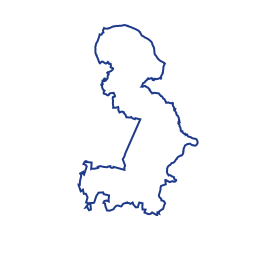 Guaranda, Sucre, Colombia, rotated 298°
{"feature_id": "7082276B46316322938304", "entity_name": "Guaranda", "entity_type": "district", "adm_level": 2, "iso_a3": "COL", "parent_name": "Colombia", "parent_adm1": "Sucre", "projection": "albers", "projection_center": [-74.667, 8.394], "detail": "fine", "context": "isolated", "style": "outline", "palette": "blue", "viewbox_px": 256, "rotation_deg": 298, "n_neighbors": 0, "source": "geoboundaries", "source_scale": "gbopen_adm2", "svg_char_len": 5903}
<svg xmlns="http://www.w3.org/2000/svg" viewBox="0 0 256 256"><g transform="rotate(298 128 128)"><path d="M197.3,59.0L195.4,59.6L190.9,60.3L187.1,60.3L185.9,60.8L184.2,61.1L182.6,62.1L181.0,62.9L179.2,63.9L177.8,65.3L177.6,66.1L177.1,66.2L174.9,69.1L172.7,71.4L171.9,72.8L172.1,73.0L173.4,73.2L174.4,73.8L174.7,74.5L174.4,77.8L174.7,78.4L175.4,78.8L176.9,79.2L176.7,79.9L175.8,80.6L175.7,81.3L176.3,81.7L176.4,83.5L176.3,83.3L175.8,83.1L175.2,83.6L173.5,84.1L173.4,84.5L173.7,86.2L173.5,86.9L173.3,87.1L172.4,87.0L170.4,86.4L167.9,84.3L167.0,85.4L166.4,85.7L166.3,85.4L167.5,83.9L167.1,83.7L166.9,83.9L167.0,84.2L166.8,84.6L166.1,85.3L164.8,85.5L162.5,86.6L161.4,86.5L160.7,85.6L160.2,85.7L160.5,85.1L159.6,85.1L160.3,83.9L160.0,83.8L160.0,84.2L159.1,84.3L159.3,84.6L159.2,85.2L159.3,85.4L159.3,85.8L158.4,85.3L157.7,83.4L156.9,83.9L155.9,83.9L154.9,85.1L154.7,85.0L153.9,84.0L153.5,84.1L153.0,85.4L151.6,86.2L150.8,87.1L150.0,88.7L149.9,89.8L148.5,89.6L147.0,90.4L147.5,92.9L147.2,94.0L147.4,95.0L148.7,95.7L149.5,95.4L149.9,95.6L151.0,96.8L151.5,97.9L152.2,98.4L152.3,98.9L150.1,101.6L149.3,101.5L148.4,100.2L147.7,100.3L146.4,100.9L144.9,102.1L142.5,103.1L140.1,104.9L138.9,105.4L140.1,107.6L141.9,109.5L140.3,110.7L139.4,110.9L137.7,113.2L138.6,114.0L139.3,114.4L140.0,116.1L139.9,117.0L139.3,117.1L138.5,119.7L137.3,120.8L137.1,121.6L136.8,121.7L138.2,124.9L139.2,125.6L138.8,126.6L138.7,128.2L139.0,129.9L140.1,129.9L141.4,134.8L104.5,137.5L100.9,138.2L98.0,138.0L93.4,143.1L91.2,143.4L89.4,144.5L86.9,133.5L86.2,133.7L85.9,133.5L85.1,132.1L85.1,130.9L86.0,130.3L84.4,128.3L83.8,128.3L83.2,127.2L82.4,125.2L81.2,121.2L79.5,119.6L78.9,120.4L78.5,120.1L76.3,117.5L74.9,114.9L74.6,114.7L80.4,112.1L78.7,107.7L79.2,107.1L79.1,106.6L78.2,106.9L77.9,105.6L75.3,105.6L75.5,106.7L75.4,108.2L74.7,109.6L66.1,111.1L66.5,109.3L68.0,108.8L65.4,107.1L64.2,108.8L63.4,109.3L58.6,110.5L55.2,112.1L54.8,110.9L54.4,111.2L49.9,116.0L50.9,116.6L51.1,116.5L52.4,117.1L49.1,119.9L50.2,121.7L47.7,124.9L42.5,126.0L43.1,128.7L42.1,128.9L40.8,128.3L38.1,128.0L39.1,128.9L37.1,132.2L38.6,133.5L44.1,130.0L44.3,130.7L44.8,131.1L45.2,132.1L45.8,132.9L46.5,133.1L52.8,132.0L57.0,132.3L59.5,136.3L58.2,137.7L59.6,142.9L57.4,143.8L56.1,144.2L54.1,145.5L53.8,142.9L52.4,141.4L50.4,141.4L50.5,143.1L48.1,145.0L45.3,148.3L46.4,150.6L48.8,152.8L50.0,153.5L51.3,153.4L52.2,153.6L53.7,154.2L54.5,154.9L55.0,156.2L55.3,158.3L55.7,158.9L56.3,159.1L57.9,159.1L58.9,159.4L60.9,161.3L61.1,161.5L60.8,161.5L61.5,162.5L62.2,164.1L62.1,165.7L64.4,167.1L64.0,167.7L63.3,168.0L61.6,172.1L62.7,173.9L63.4,173.6L67.5,173.0L68.3,176.2L64.9,177.8L62.9,179.1L64.2,181.8L63.2,182.0L61.4,182.0L61.0,182.4L61.3,183.0L61.4,186.1L62.0,187.4L62.8,188.2L64.1,188.8L64.8,188.9L64.6,193.8L64.9,194.6L67.1,193.7L67.1,195.6L68.4,194.4L71.8,196.1L73.0,197.0L76.8,196.2L78.9,196.1L79.2,195.8L80.2,194.0L80.2,193.3L79.8,191.7L80.1,191.6L80.2,191.0L81.1,190.5L81.7,188.1L82.7,187.1L84.6,186.5L86.0,186.3L88.9,185.6L90.4,184.8L92.4,184.4L96.0,187.8L100.1,184.9L99.8,185.4L99.9,186.4L99.6,187.8L99.9,188.7L99.7,189.7L99.8,190.2L102.0,192.3L102.1,193.9L102.8,194.7L103.2,195.0L104.4,195.1L104.7,194.9L104.5,194.2L104.7,192.9L105.2,192.3L105.6,192.2L106.2,191.6L106.1,189.9L105.8,189.3L106.2,187.7L105.7,186.5L105.2,186.1L105.9,185.2L105.9,184.7L107.3,183.1L109.5,182.2L110.4,181.6L112.8,181.4L114.3,181.9L115.2,182.6L117.2,182.9L117.8,183.3L118.7,184.4L119.3,184.7L121.0,185.1L122.8,185.1L123.6,185.6L124.9,185.5L126.0,185.8L127.6,187.0L128.3,187.2L128.5,187.8L128.9,188.0L129.0,188.3L129.9,188.6L131.9,188.5L132.5,188.1L133.0,188.1L133.2,187.7L134.6,187.5L135.5,186.9L139.4,186.6L141.1,187.6L141.9,188.3L143.2,190.0L143.0,192.8L143.5,193.8L143.5,194.8L144.3,196.0L145.5,196.5L147.8,196.4L149.3,195.1L150.1,193.9L150.2,193.0L150.0,192.1L149.5,190.9L149.1,189.2L149.4,187.8L149.0,186.4L148.8,185.0L149.4,183.7L149.9,183.6L150.0,183.3L149.5,182.6L149.0,182.2L149.4,182.0L149.8,181.4L149.8,181.2L149.4,181.1L149.3,180.8L149.3,180.1L149.5,179.0L149.9,178.4L149.9,177.7L150.3,177.5L150.2,177.1L150.5,177.1L150.3,176.7L150.5,176.3L150.4,175.8L151.8,175.0L153.2,173.8L153.8,172.6L154.7,172.2L154.8,171.9L155.2,171.3L155.7,170.4L156.2,170.8L156.5,170.4L156.6,170.7L157.1,171.0L157.4,170.4L157.9,170.2L158.0,169.7L158.8,169.7L158.8,169.4L159.3,169.2L160.1,168.4L160.6,168.3L162.1,166.4L162.2,165.0L162.9,164.5L163.3,163.9L163.9,163.7L164.0,163.3L165.1,161.8L165.3,161.4L165.2,160.9L165.6,160.2L165.9,160.1L166.4,160.8L167.1,160.8L167.1,159.5L167.9,158.8L168.5,157.5L169.4,156.9L170.0,156.1L170.8,156.1L171.1,155.9L171.1,155.5L170.4,154.9L169.6,153.2L169.5,151.5L168.7,150.8L168.2,149.7L168.9,149.3L169.0,148.8L170.5,146.9L170.7,146.2L170.5,145.3L171.7,143.7L171.8,142.6L171.6,142.0L172.1,141.5L172.2,140.3L172.8,139.6L173.0,138.9L171.5,134.9L169.9,133.1L170.5,132.3L170.5,131.3L171.2,130.4L171.6,129.2L172.1,129.2L172.3,128.9L172.4,128.2L173.0,126.7L172.8,124.9L173.2,123.9L172.9,122.9L171.3,121.6L170.8,120.5L172.1,120.7L173.0,120.4L174.8,120.3L176.0,121.3L178.0,121.5L178.9,122.1L180.6,122.2L181.3,122.5L181.0,123.4L183.1,125.3L183.2,125.6L183.1,126.0L182.1,127.0L182.0,127.3L182.1,127.8L182.4,128.4L182.7,128.5L183.3,127.9L183.7,128.0L184.2,128.8L184.4,130.0L185.6,131.5L187.3,132.9L187.3,133.3L187.1,133.8L187.9,133.8L188.6,132.9L192.6,133.0L193.1,132.6L193.5,132.7L199.0,130.5L202.2,130.3L202.2,129.4L202.4,129.3L202.6,127.6L202.4,125.4L202.6,124.3L203.3,121.7L204.8,119.1L205.4,117.5L206.2,116.5L210.5,113.7L211.3,113.0L212.6,111.0L214.6,109.0L215.2,107.7L216.0,104.2L215.9,100.0L216.1,98.9L216.1,96.7L218.4,93.3L218.4,92.5L218.8,91.8L218.9,90.8L218.8,87.1L218.5,85.4L218.5,83.5L217.8,79.9L218.1,79.8L217.3,76.8L217.3,76.5L214.9,73.8L214.5,72.7L213.4,71.4L212.7,69.8L211.2,68.1L211.1,67.6L207.1,64.4L207.0,64.0L206.1,63.3L205.0,61.0L205.0,59.9L202.3,60.1L200.8,61.5L199.8,60.8L198.0,60.8L197.7,60.5L197.3,59.0Z" fill="none" stroke="#1e3a8a" stroke-width="2"/></g></svg>